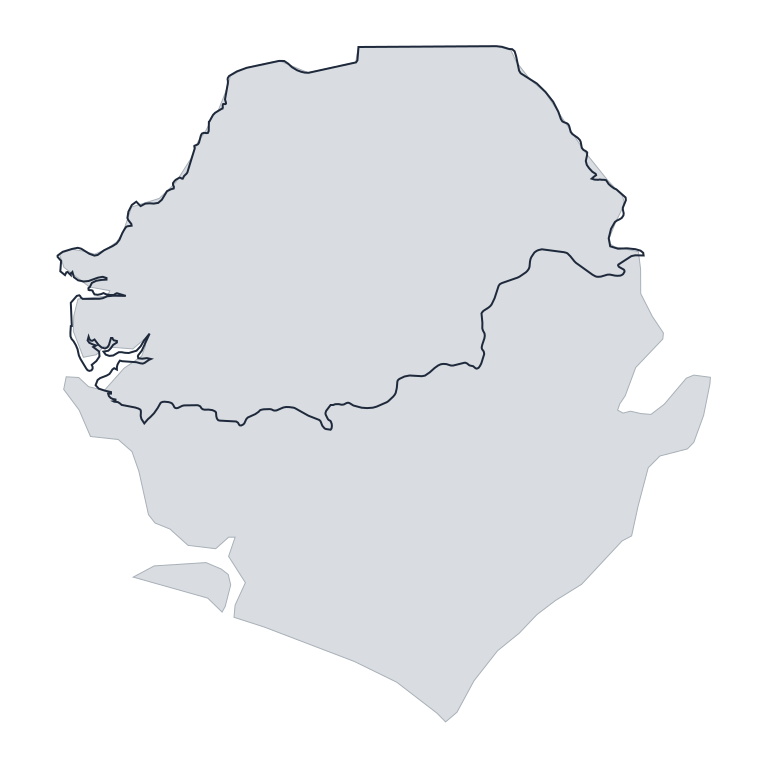 where Northern sits in Sierra Leone
{"feature_id": "SLE-762", "entity_name": "Northern", "entity_type": "Province", "adm_level": 1, "iso_a3": "SLE", "parent_name": "Sierra Leone", "parent_adm1": "", "projection": "mercator", "projection_center": [-12.175, 9.121], "detail": "fine", "context": "in_parent", "style": "outline", "palette": "slate", "viewbox_px": 768, "rotation_deg": 0, "n_neighbors": 0, "source": "natural_earth", "source_scale": "10m", "svg_char_len": 7564}
<svg xmlns="http://www.w3.org/2000/svg" viewBox="0 0 768 768"><path d="M710.4,377.3L709.9,384.1L703.6,415.4L693.8,442.3L687.4,448.9L659.9,456.0L648.2,467.8L638.1,506.0L631.6,535.9L622.1,540.9L581.7,584.2L555.3,600.6L536.9,614.6L519.4,633.0L497.5,650.8L473.9,680.9L457.0,712.2L445.6,721.9L436.9,713.1L396.7,682.2L354.4,661.5L264.1,627.0L234.0,617.3L235.1,605.1L245.4,582.7L228.6,556.4L235.1,537.2L228.6,537.2L215.7,548.7L188.1,545.4L169.9,529.0L155.0,523.0L148.5,514.7L138.9,471.3L132.0,451.6L118.2,439.5L90.5,436.5L79.1,410.0L63.7,389.4L66.2,376.8L78.7,377.5L88.6,386.7L104.3,390.5L124.0,368.3L141.6,356.2L145.6,345.7L143.5,339.9L132.8,348.9L103.6,346.6L96.4,354.7L83.4,357.3L73.3,331.2L73.8,315.9L78.0,299.0L107.4,296.1L109.9,290.7L89.5,287.0L64.0,267.4L59.4,253.9L72.1,249.3L84.1,251.3L94.6,254.2L106.0,249.4L116.7,242.0L123.0,232.5L131.6,207.0L159.3,198.4L175.5,182.8L191.0,158.5L198.1,141.5L204.5,133.0L208.5,125.6L211.4,117.5L218.4,110.1L225.6,92.0L230.6,75.6L246.5,67.7L279.0,60.7L308.2,72.7L355.7,62.3L358.3,46.9L401.8,46.6L453.3,46.3L496.2,46.1L510.9,50.2L516.2,61.7L530.3,79.8L545.1,92.2L563.3,119.6L584.6,151.5L607.6,180.2L622.3,195.8L624.0,201.2L622.9,207.4L615.7,222.0L609.4,237.8L610.1,243.8L614.4,246.8L638.4,251.7L640.6,269.3L640.7,293.6L652.3,316.4L663.4,333.0L662.8,339.0L635.7,367.5L625.2,395.8L619.8,403.8L617.6,410.1L623.1,413.1L630.5,411.2L641.0,413.6L651.0,414.4L664.3,404.2L686.3,378.2L693.8,375.1L710.4,377.3ZM225.2,606.4L222.1,612.1L207.7,598.1L133.2,577.1L154.2,565.9L206.0,562.6L221.3,569.1L228.2,574.5L230.7,584.9L225.2,606.4Z" fill="#d9dde1" stroke="#a8b0b8" stroke-width="1"/><path d="M496.4,46.2L501.9,46.8L509.2,49.0L512.2,49.2L514.6,51.3L516.1,56.2L519.1,70.7L520.7,73.3L536.8,83.5L545.6,92.1L553.2,101.8L558.3,111.7L560.9,119.1L562.2,121.2L563.4,122.0L566.9,123.3L568.3,124.4L569.2,126.1L570.7,131.9L572.3,134.0L577.8,137.9L579.9,140.1L580.7,141.9L581.8,147.9L583.4,149.9L585.6,151.0L587.2,152.4L587.0,155.5L585.8,161.0L586.8,164.9L589.1,168.2L592.3,171.7L595.7,173.9L596.1,175.2L593.8,176.8L591.7,178.7L594.4,179.6L598.3,179.8L599.7,179.5L601.8,179.8L604.1,179.8L606.1,180.2L608.7,184.1L611.3,186.4L614.1,188.4L616.4,189.4L625.6,197.5L625.9,200.2L622.8,207.8L622.9,209.7L623.7,213.4L623.4,215.5L621.7,218.0L619.4,219.4L617.0,220.5L614.9,222.0L611.0,228.9L608.7,238.3L610.2,246.3L618.0,248.7L626.9,248.3L635.5,249.2L640.6,250.7L643.2,252.8L643.6,255.5L635.2,255.3L631.4,256.1L618.3,264.6L618.1,265.5L619.0,266.9L623.8,269.6L624.4,270.5L624.5,271.8L623.1,274.1L621.8,275.0L620.4,275.6L617.6,275.8L614.9,275.6L610.0,274.6L608.7,274.6L607.3,274.7L600.9,276.6L598.3,276.8L596.7,276.7L595.4,276.3L592.5,274.7L575.9,262.8L574.4,261.3L570.4,256.3L567.4,253.3L566.0,252.7L564.0,252.2L541.9,249.3L538.7,250.0L536.6,250.9L534.4,252.5L531.4,257.0L530.5,259.1L530.0,261.5L529.5,266.9L528.7,269.0L527.4,270.8L525.9,272.3L519.6,276.6L517.6,277.6L501.8,283.1L499.8,284.2L498.6,285.9L494.6,298.2L491.7,304.3L490.4,306.0L488.5,307.6L483.5,310.8L481.9,312.6L481.5,313.5L482.4,322.8L482.3,328.3L482.9,330.4L484.5,333.4L484.8,335.8L484.4,338.3L482.2,344.9L481.7,347.3L481.8,348.4L482.2,349.4L483.5,351.1L483.9,352.1L484.2,354.1L481.3,363.4L480.0,365.9L478.8,367.6L477.6,368.4L476.4,368.6L475.5,368.2L473.1,366.2L469.9,365.5L468.9,365.0L467.3,363.6L465.4,362.7L464.2,362.8L453.3,365.5L450.8,365.5L446.4,364.1L443.2,363.9L440.7,364.3L438.1,365.5L434.6,368.0L429.8,372.3L425.0,375.6L421.8,376.2L409.5,375.5L404.5,376.5L399.8,378.7L398.6,379.5L397.9,380.3L397.4,381.3L396.8,388.0L395.7,392.9L394.8,394.6L393.3,396.5L388.3,401.2L386.8,402.2L376.7,406.6L372.8,407.7L367.0,408.1L361.6,407.7L353.4,405.5L349.5,403.1L348.0,402.7L346.4,403.1L344.2,404.3L342.7,404.7L341.4,404.7L338.7,404.1L335.2,404.2L333.2,405.0L330.6,405.0L326.2,410.8L325.5,412.9L325.5,414.0L325.9,415.1L327.9,419.1L328.6,419.9L330.4,420.9L330.9,421.7L331.7,423.9L331.9,426.1L331.5,428.5L330.6,429.7L326.4,429.1L325.3,428.8L324.4,428.2L322.3,425.7L320.6,421.4L319.9,420.5L319.1,419.9L308.4,415.7L295.2,408.3L293.7,407.7L289.3,407.1L286.2,407.0L284.3,407.3L282.8,407.7L276.6,410.4L274.8,410.6L273.5,410.4L271.5,409.4L269.8,409.1L263.7,409.3L261.6,409.7L260.1,410.2L258.6,411.8L255.3,414.1L247.8,417.5L246.3,419.1L244.3,423.4L243.2,424.5L241.1,425.5L239.9,425.4L239.1,424.7L238.0,422.7L236.2,421.5L219.7,420.6L218.2,420.2L216.9,418.5L216.3,416.2L216.0,412.4L215.3,411.6L214.4,411.0L212.3,410.1L208.5,409.6L204.5,409.7L202.6,409.2L201.5,408.3L200.3,406.4L198.4,405.4L197.1,405.2L184.2,405.4L182.3,405.8L177.8,408.0L176.3,408.2L175.1,407.9L174.3,407.1L173.3,405.1L172.0,403.4L170.6,402.7L168.6,402.1L164.5,401.7L162.5,401.9L161.1,402.5L160.4,403.2L157.7,408.0L154.0,413.3L150.3,417.1L147.9,419.2L144.3,423.4L141.4,418.9L140.7,415.9L140.9,411.9L140.8,410.6L140.3,409.6L138.3,408.5L135.1,407.5L121.6,404.9L120.2,403.6L117.9,402.1L114.3,401.7L113.5,401.3L115.5,401.0L115.5,399.5L112.8,399.0L110.6,397.9L108.9,396.1L108.1,393.6L111.0,393.6L111.0,392.1L104.7,390.6L98.7,388.6L95.6,385.2L97.6,380.0L100.1,378.1L106.6,375.6L109.4,374.0L111.0,371.8L112.4,369.5L114.1,368.2L116.9,369.6L116.9,367.0L117.5,364.6L118.6,362.5L119.9,360.6L122.0,361.2L136.3,362.2L140.4,363.3L142.8,363.6L144.6,362.9L148.9,359.9L150.9,359.0L146.9,358.1L142.3,358.7L138.3,358.3L137.8,355.8L137.6,356.0L141.8,350.7L149.6,333.6L144.2,340.2L140.7,346.2L136.5,350.7L128.8,353.0L124.9,352.8L121.7,352.2L118.8,352.2L113.2,355.5L109.3,355.9L105.7,354.6L103.5,351.6L108.4,350.7L110.9,348.1L113.1,344.9L116.9,342.5L116.9,341.0L113.8,340.3L113.1,339.5L112.4,338.0L111.0,338.0L109.0,344.8L107.4,347.4L105.0,348.5L101.5,347.4L98.5,344.8L94.5,339.5L92.3,340.8L90.6,340.5L89.4,339.1L88.6,336.7L87.6,340.4L89.3,342.8L92.6,344.3L96.1,345.5L93.2,347.0L99.1,351.5L99.5,356.4L96.3,361.1L91.7,364.9L92.6,366.8L92.6,368.7L91.5,370.3L89.3,370.9L87.6,370.2L86.3,368.6L80.5,359.0L78.9,355.5L77.5,349.1L75.8,345.1L73.6,341.3L71.5,338.8L70.5,336.4L70.4,332.8L70.8,326.1L71.8,326.0L70.8,302.8L76.8,295.9L79.3,295.3L80.2,296.1L80.9,297.5L82.7,298.9L99.3,298.8L102.8,298.2L107.2,296.3L113.4,295.7L125.8,295.9L116.9,293.2L115.5,293.8L113.8,295.0L110.1,295.0L106.1,294.3L103.5,293.1L101.1,294.1L97.7,294.8L94.5,294.4L93.2,292.3L92.5,290.6L91.0,290.2L89.4,290.2L88.6,289.9L88.4,288.2L89.0,287.6L89.7,287.2L91.9,282.9L96.2,280.8L101.6,279.9L106.5,279.6L106.5,278.0L102.7,276.8L97.8,277.7L88.6,281.0L83.6,281.5L78.1,280.3L73.9,277.2L72.4,272.0L71.5,273.0L71.0,273.1L70.8,273.5L70.8,275.1L67.6,272.0L66.4,272.3L65.0,275.1L60.3,271.3L61.1,260.9L57.6,256.9L57.6,255.6L62.7,251.8L72.2,248.9L77.8,247.8L81.2,248.7L89.4,253.8L94.4,255.6L97.6,255.0L104.2,250.2L112.6,246.1L116.5,243.6L119.4,239.9L122.3,233.1L124.1,229.9L126.1,226.9L127.4,226.3L131.6,225.7L131.3,223.9L128.4,220.2L127.4,218.0L128.4,211.7L131.8,205.0L136.3,201.7L140.6,206.1L145.3,203.6L149.5,203.3L153.7,203.6L158.2,202.9L161.8,199.8L167.0,191.2L170.8,189.3L173.7,188.5L173.9,186.8L173.0,184.8L173.0,183.1L174.7,180.8L175.9,179.7L179.6,177.6L180.5,177.8L181.6,178.5L182.7,178.7L184.1,176.0L186.3,173.9L187.3,172.6L194.6,148.8L194.7,147.7L194.3,146.7L194.4,145.8L197.3,144.6L198.0,144.2L198.4,143.6L199.0,142.6L200.9,135.4L201.9,133.6L203.9,132.8L206.0,133.1L207.8,133.0L208.7,131.1L208.9,121.8L209.6,121.1L213.1,114.8L215.1,112.8L221.8,108.7L222.5,108.6L222.8,107.7L222.7,105.1L223.2,104.0L225.4,104.1L226.0,103.6L225.9,102.5L225.0,99.4L227.9,83.1L227.9,80.8L227.6,79.3L227.8,78.0L229.1,76.0L236.9,71.4L246.7,67.8L279.2,60.9L284.2,61.0L288.1,63.6L292.0,67.2L297.2,70.3L301.2,71.8L304.8,72.6L308.5,72.8L356.0,62.4L357.4,60.4L358.5,47.0L496.4,46.2Z" fill="none" stroke="#1e293b" stroke-width="2"/></svg>